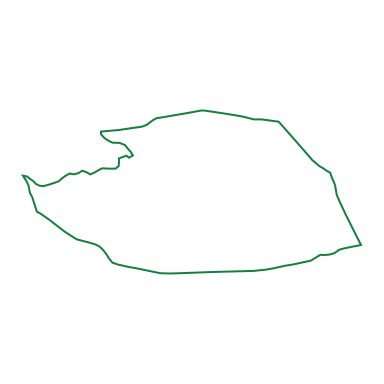 Kilimani, Nairobi, Kenya
{"feature_id": "3690345B60954938722766", "entity_name": "Kilimani", "entity_type": "district", "adm_level": 2, "iso_a3": "KEN", "parent_name": "Kenya", "parent_adm1": "Nairobi", "projection": "albers", "projection_center": [36.768, -1.277], "detail": "fine", "context": "isolated", "style": "outline", "palette": "green", "viewbox_px": 384, "rotation_deg": 0, "n_neighbors": 0, "source": "geoboundaries", "source_scale": "gbopen_adm2", "svg_char_len": 1480}
<svg xmlns="http://www.w3.org/2000/svg" viewBox="0 0 384 384"><path d="M128.4,266.9L138.5,268.7L160.1,273.2L170.1,273.5L180.1,273.2L212.4,272.0L253.8,270.9L266.1,269.6L273.7,268.3L284.6,265.8L292.4,264.6L311.0,260.6L320.3,254.8L324.9,255.0L329.9,254.5L334.5,253.1L339.2,249.7L344.4,248.3L361.0,245.0L346.1,215.4L339.6,201.5L336.8,195.1L335.8,189.5L335.1,185.5L333.7,181.6L331.9,177.8L330.1,172.5L326.7,170.8L322.9,168.1L319.7,166.3L312.5,160.3L305.6,152.3L302.2,148.4L293.8,138.8L278.7,121.7L261.7,119.4L253.6,119.4L248.5,118.0L242.8,116.6L236.5,115.5L223.7,113.4L204.6,110.6L201.3,110.5L186.5,113.2L160.6,117.6L156.3,118.3L153.4,119.9L146.6,124.9L142.2,126.6L118.7,130.0L100.9,131.6L101.2,134.6L104.6,138.2L109.6,141.4L112.7,142.7L116.3,142.8L119.7,142.9L125.0,145.1L128.1,149.0L130.9,152.2L132.9,155.4L129.0,157.7L126.3,155.7L122.5,157.1L118.9,158.4L119.0,161.8L118.7,166.0L115.7,168.6L110.3,168.7L105.8,168.5L102.4,168.3L99.6,169.5L96.8,171.2L93.6,173.0L90.3,174.4L86.6,172.3L82.4,170.7L78.1,173.3L73.5,174.3L69.8,173.5L66.1,175.4L62.5,178.0L58.7,181.3L54.8,182.7L51.5,183.8L47.3,185.1L43.5,186.1L39.5,185.7L36.1,184.0L33.0,180.9L30.0,178.8L27.1,176.5L23.0,175.7L26.5,181.2L28.5,185.4L29.3,189.5L29.9,192.9L32.2,197.1L33.6,201.4L35.3,206.8L36.9,211.7L40.6,213.7L48.8,219.4L59.9,228.0L65.0,231.9L76.6,239.3L82.7,240.9L88.9,242.5L94.8,244.2L99.2,246.3L102.9,249.7L106.4,254.2L109.1,258.6L112.4,262.6L117.7,264.5L128.4,266.9Z" fill="none" stroke="#15803d" stroke-width="2"/></svg>